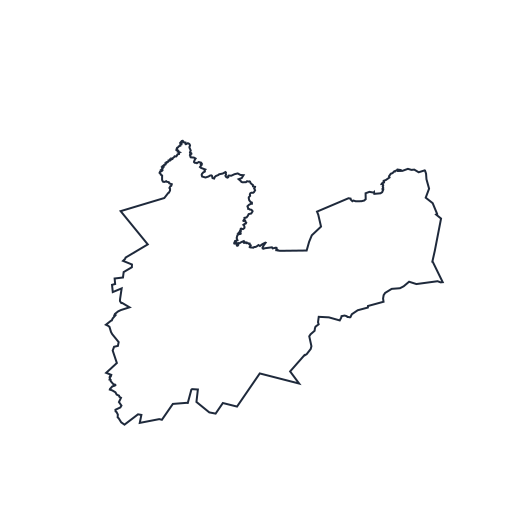 outline of Trapenes pag., Apes, Latvia, rotated 338°
{"feature_id": "27541924B83311513911645", "entity_name": "Trapenes pag.", "entity_type": "district", "adm_level": 2, "iso_a3": "LVA", "parent_name": "Latvia", "parent_adm1": "Apes", "projection": "robinson", "projection_center": [26.588, 57.465], "detail": "fine", "context": "isolated", "style": "outline", "palette": "slate", "viewbox_px": 512, "rotation_deg": 338, "n_neighbors": 0, "source": "geoboundaries", "source_scale": "gbopen_adm2", "svg_char_len": 6115}
<svg xmlns="http://www.w3.org/2000/svg" viewBox="0 0 512 512"><g transform="rotate(338 256 256)"><path d="M70.9,363.1L87.3,358.6L90.2,360.4L85.7,367.2L105.2,371.0L107.4,372.6L123.5,362.0L136.5,366.1L137.7,366.7L146.0,355.7L146.9,355.5L152.1,358.0L146.1,369.0L154.1,383.5L159.5,387.0L170.2,379.9L182.0,388.5L215.5,366.3L248.2,390.4L244.4,375.8L263.7,366.1L263.8,366.4L266.2,366.0L271.9,362.7L273.6,360.4L275.3,350.4L277.3,349.0L282.3,347.3L283.5,345.2L284.7,343.8L288.5,342.8L288.7,340.6L291.4,335.9L300.6,340.2L309.5,347.1L311.9,345.1L312.8,343.8L315.8,344.4L317.6,345.8L317.9,346.8L318.7,347.1L320.0,348.0L320.6,348.1L323.0,345.9L330.0,344.4L340.4,345.7L341.1,344.3L357.1,346.2L357.9,343.0L359.7,340.1L361.9,338.6L369.5,337.3L377.4,339.8L381.6,339.4L388.3,337.2L394.2,342.1L414.9,347.4L417.3,349.6L419.3,350.2L417.7,327.5L417.4,327.3L423.7,318.2L441.6,290.6L438.5,285.0L439.7,284.8L439.6,273.2L435.2,265.5L441.7,258.4L442.8,248.7L444.5,243.4L444.7,240.1L444.5,239.8L438.2,239.3L435.1,235.2L432.4,234.4L429.5,232.1L423.6,231.9L420.4,230.7L421.7,230.1L419.5,228.8L418.7,229.3L416.9,229.3L416.4,229.7L415.9,229.3L413.6,230.3L411.8,230.2L409.2,231.9L409.2,233.2L404.8,234.2L402.5,234.1L402.1,234.8L402.5,235.1L402.3,235.7L401.9,235.6L400.9,236.1L400.6,235.8L399.8,235.9L399.4,236.3L400.3,236.6L400.5,238.0L399.6,238.7L399.7,239.9L398.4,241.1L398.3,241.6L399.0,241.8L398.9,242.1L396.9,244.1L394.9,244.5L389.0,242.7L389.4,241.0L388.8,241.3L385.2,239.0L381.1,238.9L379.0,244.4L377.1,245.1L374.3,244.7L369.1,242.7L367.1,241.1L365.9,241.3L365.0,239.2L365.2,238.2L363.4,237.1L329.2,237.7L329.2,241.0L327.3,253.1L315.5,257.7L310.6,262.7L305.0,269.9L280.2,260.2L278.0,258.9L278.2,258.5L278.0,258.4L277.0,258.1L277.6,256.9L278.1,256.6L278.1,256.1L277.5,255.7L274.3,255.2L274.0,253.9L267.0,252.1L265.7,252.1L265.0,251.5L265.1,250.8L267.0,249.1L269.9,247.3L269.7,247.1L266.3,247.4L263.4,248.2L262.4,246.8L260.0,247.4L258.8,247.4L257.7,247.0L256.7,247.3L253.8,245.8L253.5,245.3L255.1,244.1L254.2,242.7L254.7,242.1L253.0,240.9L251.8,240.5L251.7,240.3L252.1,239.8L250.8,239.1L250.2,239.5L249.7,239.3L249.6,239.0L250.4,238.1L250.3,237.6L247.8,237.6L243.6,238.3L243.3,238.7L243.4,239.3L242.8,239.6L242.3,239.4L242.2,238.8L242.5,238.2L243.5,237.2L241.1,236.7L240.5,236.2L240.6,235.9L242.5,235.8L242.8,235.2L241.9,234.6L242.3,234.2L244.7,234.5L244.8,232.1L246.5,229.8L248.1,229.3L249.7,229.7L250.2,229.6L250.4,228.8L250.2,228.5L248.7,228.0L250.3,227.2L251.3,227.2L251.4,226.9L251.0,226.3L251.7,225.8L252.0,225.1L252.5,225.0L253.6,226.0L254.1,226.2L255.7,225.7L256.2,224.9L256.4,223.1L256.0,222.4L257.4,222.0L258.6,222.1L259.4,221.5L259.1,220.6L259.2,219.3L257.5,218.8L257.5,218.5L259.3,217.3L259.6,216.3L261.7,216.7L263.3,215.8L264.9,214.4L267.5,214.8L269.5,213.4L269.6,212.6L268.9,211.3L267.5,210.5L267.2,209.8L266.4,209.3L266.6,208.9L266.7,206.7L268.7,205.9L270.8,205.7L271.8,206.0L272.2,204.9L271.2,203.9L270.6,201.8L271.0,199.4L271.4,198.8L273.1,198.0L273.4,196.5L274.3,195.7L275.5,195.6L276.9,196.3L277.4,196.2L278.1,196.0L279.8,194.7L279.6,192.7L280.5,192.2L281.0,191.5L279.3,190.3L279.7,188.9L279.1,188.1L278.3,186.4L278.3,184.8L278.0,184.4L277.0,184.2L275.7,183.3L274.4,183.8L271.1,182.6L270.2,181.8L270.1,181.1L268.7,178.3L271.9,178.4L274.7,176.4L271.9,175.0L270.0,172.6L266.7,172.1L263.2,172.3L260.8,171.2L260.0,171.6L259.8,172.5L259.0,172.7L258.1,171.9L257.7,170.8L257.8,170.0L258.7,169.4L258.9,168.0L259.4,167.3L259.1,166.7L256.1,167.1L252.4,166.4L251.5,166.8L248.8,166.8L247.4,167.3L246.2,168.5L244.9,167.5L245.2,165.2L244.9,164.6L243.6,164.2L241.7,164.5L238.6,164.3L235.8,162.1L236.0,160.4L236.7,159.6L238.5,158.7L240.1,158.6L240.3,158.4L240.4,157.3L241.4,156.8L238.0,153.7L237.4,152.5L239.7,151.2L239.6,150.7L238.3,150.2L240.3,150.1L240.1,148.9L238.1,147.4L236.0,147.8L235.8,147.4L234.2,146.7L233.8,146.0L233.7,145.6L234.0,145.2L235.3,143.8L236.5,143.0L235.3,141.5L232.5,140.1L232.3,139.3L232.8,138.5L232.5,137.7L232.7,137.4L233.8,136.9L234.3,137.1L234.5,136.8L234.5,136.4L233.5,135.7L233.5,135.3L235.0,133.7L234.9,130.6L235.1,130.0L236.2,128.9L236.3,127.7L236.0,126.9L235.1,125.9L232.9,126.1L232.6,125.5L233.1,124.4L231.6,123.5L231.5,122.4L231.2,121.7L230.2,121.6L228.0,122.8L228.3,123.9L229.2,123.8L228.7,124.6L227.6,124.5L227.0,124.9L227.0,125.4L225.4,125.4L224.6,126.0L223.4,126.1L223.0,126.5L223.0,126.8L222.3,127.2L222.0,127.7L223.0,128.5L223.1,128.8L222.6,128.9L223.2,129.5L222.9,129.8L223.4,130.0L223.3,130.6L223.9,131.2L223.0,131.2L223.1,132.2L222.8,132.6L221.9,132.3L221.0,132.5L220.8,132.9L219.4,133.8L217.9,133.1L217.5,133.5L215.5,134.1L214.8,134.8L214.2,134.7L214.5,134.3L214.1,134.0L213.9,134.6L213.4,134.8L213.3,134.4L212.4,134.1L211.9,134.4L212.3,135.0L212.0,135.3L210.6,134.8L210.5,135.3L209.3,135.9L208.8,135.9L208.7,135.6L208.4,135.5L208.3,136.0L207.0,136.0L207.1,136.6L206.3,137.3L205.4,137.0L205.0,137.1L204.8,137.6L204.3,137.4L203.2,137.7L203.8,138.1L203.7,138.7L203.2,138.6L202.8,139.1L202.0,139.1L202.1,140.0L200.6,140.5L201.4,141.0L201.4,141.5L200.2,142.0L198.5,142.0L197.7,142.8L198.3,144.2L198.2,144.9L199.1,146.2L197.5,150.1L197.4,151.0L197.7,152.4L199.1,153.1L200.7,153.0L200.9,153.6L202.8,154.9L202.8,156.1L204.8,157.9L203.7,159.2L202.8,159.2L201.2,160.5L201.5,161.5L200.8,163.1L198.9,164.7L198.2,164.7L192.7,167.9L147.3,163.7L160.0,204.7L134.5,208.6L133.6,209.6L130.9,210.7L137.8,217.4L136.7,219.9L127.3,221.3L124.6,226.1L116.5,223.9L114.9,229.2L111.7,228.8L109.7,235.8L119.3,235.7L113.9,244.9L113.1,246.5L113.0,247.1L113.5,249.2L114.4,249.5L119.5,256.2L110.4,255.5L107.4,255.7L103.5,256.9L102.5,257.9L103.3,258.4L99.7,260.2L98.2,261.7L97.3,261.7L91.1,263.5L92.8,265.4L93.6,266.8L93.1,272.2L93.4,274.6L96.4,284.4L94.3,287.6L90.4,287.0L87.7,290.0L86.9,303.1L73.3,308.2L77.3,312.0L76.3,313.2L75.4,312.9L74.8,313.6L74.9,314.5L73.9,315.7L74.8,316.4L74.4,317.6L75.8,321.6L77.1,322.4L77.3,323.0L76.6,323.3L73.9,323.1L70.8,324.6L70.4,325.1L72.4,326.8L74.3,329.3L74.6,329.7L74.9,332.3L76.7,334.2L76.6,335.4L77.7,336.9L74.2,340.1L75.2,344.3L73.5,345.6L68.1,345.9L67.6,347.5L68.2,348.3L68.5,351.2L67.3,353.8L67.9,355.0L68.7,359.7L70.9,363.1Z" fill="none" stroke="#1e293b" stroke-width="2"/></g></svg>